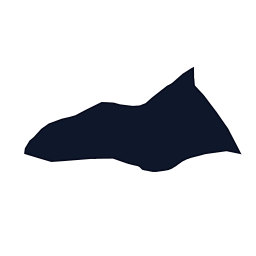 outline of Al Lait, North Darfur, Sudan, rotated 350°
{"feature_id": "16777658B5363831702357", "entity_name": "Al Lait", "entity_type": "district", "adm_level": 2, "iso_a3": "SDN", "parent_name": "Sudan", "parent_adm1": "North Darfur", "projection": "mercator", "projection_center": [26.82, 11.965], "detail": "fine", "context": "isolated", "style": "filled", "palette": "ink", "viewbox_px": 256, "rotation_deg": 350, "n_neighbors": 0, "source": "geoboundaries", "source_scale": "gbopen_adm2", "svg_char_len": 1529}
<svg xmlns="http://www.w3.org/2000/svg" viewBox="0 0 256 256"><g transform="rotate(350 128 128)"><path d="M144.9,174.8L148.2,175.4L156.1,175.7L160.3,175.7L160.9,175.6L163.8,175.0L166.5,173.9L168.4,173.2L170.7,172.0L173.7,170.6L175.8,169.6L177.1,169.3L180.0,168.4L185.0,167.6L188.6,167.3L194.2,166.9L199.3,166.4L203.1,166.5L212.8,166.9L221.1,167.2L224.9,168.7L233.8,172.2L234.0,172.3L230.7,161.7L227.8,152.5L227.3,151.1L226.2,147.3L225.8,146.2L225.5,145.5L223.3,140.8L221.4,136.7L220.9,135.6L217.5,128.2L213.7,120.8L213.3,120.1L212.9,119.3L208.2,110.0L206.8,107.7L203.6,102.8L200.4,97.7L200.6,96.6L200.6,96.4L200.6,96.2L201.1,91.1L201.0,90.4L201.0,90.0L201.1,89.6L201.2,89.1L201.8,85.6L202.5,81.2L202.6,80.8L202.7,80.3L202.0,80.5L201.0,80.8L191.6,84.7L179.7,91.9L176.7,93.1L174.1,93.8L157.6,102.6L149.9,107.3L143.5,108.6L136.3,107.8L123.9,104.0L118.3,101.3L112.6,99.9L106.5,98.6L91.2,103.0L78.4,107.1L72.2,107.7L64.5,108.1L51.0,110.5L42.8,114.4L34.0,121.2L29.3,123.9L23.6,130.4L22.1,135.0L37.7,142.9L46.8,147.4L59.1,148.7L68.6,149.6L76.9,150.4L82.3,150.9L87.3,151.4L87.7,151.5L89.5,151.9L90.0,152.0L90.5,152.1L91.2,152.1L91.8,152.1L92.3,152.2L98.5,153.2L103.2,154.0L108.1,154.8L111.2,156.5L115.4,158.9L121.2,162.1L122.2,162.6L122.5,162.8L125.9,164.3L128.1,165.3L129.0,165.6L130.9,166.4L131.3,166.6L132.0,167.1L133.3,168.2L134.0,169.2L134.1,169.4L134.9,170.5L135.1,170.9L136.1,171.4L136.3,171.5L137.4,172.0L139.0,172.5L139.3,172.6L139.7,172.8L144.8,174.8L144.9,174.8Z" fill="#0f172a" stroke="#020617" stroke-width="1.5"/></g></svg>